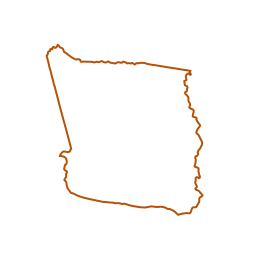 Dam Doi, Cà Mau, Vietnam (Mercator projection), rotated 76°
{"feature_id": "81297802B79677528710757", "entity_name": "Dam Doi", "entity_type": "district", "adm_level": 2, "iso_a3": "VNM", "parent_name": "Vietnam", "parent_adm1": "Cà Mau", "projection": "mercator", "projection_center": [105.265, 8.963], "detail": "fine", "context": "isolated", "style": "outline", "palette": "amber", "viewbox_px": 256, "rotation_deg": 76, "n_neighbors": 0, "source": "geoboundaries", "source_scale": "gbopen_adm2", "svg_char_len": 5665}
<svg xmlns="http://www.w3.org/2000/svg" viewBox="0 0 256 256"><g transform="rotate(76 128 128)"><path d="M87.7,53.8L86.9,55.3L83.6,63.2L81.2,68.7L79.0,74.1L73.9,85.8L72.3,89.8L71.5,91.6L70.3,94.0L68.7,96.7L68.4,97.7L68.2,98.8L67.8,99.8L67.7,100.4L67.8,101.9L67.2,103.9L67.2,104.5L67.7,105.2L67.9,105.6L68.0,106.0L67.8,106.3L67.4,106.7L66.2,107.7L66.0,108.0L66.0,108.3L65.9,108.6L66.1,109.5L66.0,110.0L65.8,110.4L65.5,110.8L65.3,111.5L65.1,113.2L64.9,113.5L64.1,113.9L63.6,114.7L62.6,116.3L62.5,116.9L63.0,117.9L63.1,118.2L63.1,118.6L63.0,118.9L61.9,121.3L61.7,122.1L61.8,122.7L62.2,124.1L62.2,124.8L62.2,125.2L61.0,127.8L60.4,129.2L60.1,129.6L59.8,129.9L59.2,130.4L58.8,130.8L58.7,131.1L58.7,131.5L59.0,133.1L59.0,133.7L59.0,134.2L58.8,134.7L58.5,135.2L57.7,136.0L56.9,137.1L56.7,137.6L56.8,138.2L56.9,139.3L57.0,140.2L56.9,140.8L56.8,141.1L56.1,142.4L56.1,143.0L56.2,143.5L56.2,144.2L56.2,144.7L55.1,147.1L54.5,148.9L53.7,152.1L53.1,153.7L52.5,157.0L52.3,157.6L52.0,157.8L51.7,157.9L50.5,158.0L50.3,158.0L49.9,158.4L49.5,158.9L49.2,159.6L49.0,161.7L48.7,162.3L46.7,164.6L45.5,165.9L40.7,169.7L39.6,170.6L39.1,171.3L38.9,171.5L38.3,171.7L36.4,171.8L35.7,172.0L35.1,172.2L34.7,172.6L34.1,173.3L33.5,174.2L33.1,174.6L31.1,175.5L30.7,175.7L30.4,176.1L31.0,176.6L32.1,177.6L32.5,178.5L32.6,179.2L32.4,179.7L31.7,180.2L31.4,180.4L31.3,180.8L31.5,181.5L32.1,181.9L33.0,182.2L33.1,182.3L33.2,182.6L33.1,182.9L32.7,183.5L32.6,183.8L32.7,184.1L32.9,184.4L33.2,184.6L33.9,184.7L34.3,184.9L34.4,185.3L34.5,186.2L34.6,186.7L34.8,187.0L35.6,187.4L36.9,188.0L37.3,188.4L37.8,189.0L38.3,189.4L38.8,189.5L43.1,189.4L45.6,189.4L49.4,189.5L51.0,189.5L54.7,189.3L61.8,189.4L62.5,189.3L62.8,189.2L65.8,189.3L67.3,189.4L68.4,189.3L69.5,189.1L70.7,189.1L72.5,189.1L85.5,188.9L85.5,189.0L86.9,189.0L97.6,188.8L110.8,188.5L119.6,188.3L131.3,188.2L134.4,188.1L134.6,188.5L134.9,188.9L135.3,189.2L136.0,189.7L136.4,189.9L136.6,190.2L136.8,190.6L136.9,191.3L136.9,191.8L136.8,192.3L135.4,195.4L135.2,196.0L135.2,196.4L135.3,196.7L135.7,197.7L136.5,198.9L137.2,199.8L138.7,200.8L139.2,199.2L139.9,197.9L140.5,197.0L141.2,196.3L142.1,195.7L142.9,195.4L143.8,195.4L145.5,195.5L146.4,195.7L147.3,196.1L148.0,196.6L148.3,197.1L148.4,197.7L148.6,198.0L149.0,198.3L150.0,198.7L151.6,199.6L152.1,199.8L152.6,199.9L153.2,199.7L154.1,199.0L155.2,197.9L155.5,197.8L155.9,197.8L156.2,198.0L156.7,198.4L157.1,198.8L157.6,199.2L158.1,199.4L159.5,199.6L160.3,199.8L160.7,200.1L161.0,200.4L161.8,201.4L162.2,201.8L162.6,202.1L163.0,202.2L163.3,202.2L163.7,202.0L164.1,201.7L165.0,201.3L165.5,201.1L166.1,201.0L168.9,201.4L171.2,201.3L173.5,200.6L176.0,199.5L177.3,198.9L177.6,198.1L178.3,197.0L182.1,192.4L185.1,187.4L187.6,182.6L193.6,170.2L196.0,163.2L196.9,160.4L197.8,158.8L198.4,156.6L198.6,155.2L199.4,153.8L199.8,153.0L200.2,152.5L200.4,150.4L201.0,149.0L202.4,146.7L204.3,143.5L207.6,135.9L209.2,131.0L209.4,129.1L209.5,127.9L209.6,126.6L209.5,125.9L209.6,124.7L209.8,123.9L210.2,122.8L211.0,121.0L211.6,119.1L212.4,114.9L213.4,112.5L214.5,110.8L215.6,109.7L216.2,108.9L216.4,107.8L217.0,106.7L219.3,103.9L221.1,102.5L224.4,100.2L224.3,99.6L224.2,98.0L224.3,95.6L224.6,92.8L224.6,92.1L224.8,91.6L225.6,89.4L225.6,88.8L225.3,88.0L225.0,87.6L222.0,85.7L221.3,85.1L221.0,84.7L220.8,84.2L220.8,83.8L220.9,83.1L221.1,82.2L221.2,81.7L221.1,80.9L220.8,80.4L219.8,79.6L218.8,78.7L217.4,77.2L216.9,76.8L216.2,76.5L215.9,76.4L214.3,76.1L213.9,75.9L213.4,75.7L213.0,75.3L212.6,74.5L212.4,74.0L212.1,72.8L211.9,72.4L211.7,72.1L211.2,72.1L210.9,72.1L210.3,72.4L208.4,73.4L207.3,73.9L206.8,74.2L206.2,74.6L205.7,75.0L204.8,76.2L204.6,76.6L204.2,77.0L203.8,77.3L203.5,77.3L203.1,77.2L202.8,76.9L202.6,76.6L202.2,75.9L202.0,75.6L201.7,75.4L201.4,75.3L200.7,75.3L200.1,75.5L199.3,75.8L198.2,76.0L197.4,76.0L196.8,75.8L195.5,75.1L193.7,74.7L193.2,74.5L192.9,74.3L192.6,74.0L192.5,73.8L192.4,73.1L192.4,72.9L192.5,72.7L192.7,72.3L193.6,71.6L193.8,71.4L193.9,71.1L193.8,70.8L193.6,70.5L193.3,70.3L192.9,70.1L192.4,70.0L192.2,70.0L190.5,70.2L189.0,70.2L187.1,70.1L186.7,70.1L185.2,69.5L184.7,69.4L184.3,69.4L184.1,69.4L183.7,69.7L182.9,70.7L182.6,71.2L182.2,72.0L181.9,72.3L181.7,72.5L181.3,72.6L180.8,72.5L180.1,72.0L178.4,71.1L176.7,70.4L176.1,70.2L175.1,69.9L173.1,69.9L172.4,69.7L172.1,69.6L171.9,69.2L171.8,68.9L171.8,68.2L171.7,67.8L171.7,67.6L171.4,67.2L171.1,66.9L170.4,66.5L169.9,66.3L169.4,66.2L168.5,66.3L168.3,66.2L168.2,66.2L167.7,65.8L166.7,64.9L166.3,64.4L165.7,63.4L165.2,62.9L162.7,60.8L162.0,60.3L160.7,59.8L160.2,59.7L159.4,59.6L158.8,59.7L153.2,60.9L152.1,61.2L151.6,61.4L150.8,61.9L149.7,62.7L149.2,62.8L148.8,62.7L148.4,62.6L147.8,62.2L146.4,61.2L145.8,60.6L145.2,59.8L143.5,57.7L143.1,57.5L142.8,57.5L142.6,57.5L142.2,57.6L140.4,58.4L139.4,58.8L138.1,59.2L136.5,59.6L136.1,59.5L135.2,59.1L134.9,59.1L134.5,59.3L134.1,59.8L133.4,61.3L133.0,61.8L132.7,62.1L132.4,62.3L132.0,62.3L131.5,62.1L130.3,61.6L128.7,60.6L128.1,60.3L127.4,60.2L126.8,60.1L126.3,60.3L125.7,60.7L125.2,61.3L124.5,62.3L124.0,62.9L123.5,63.3L123.0,63.5L122.5,63.4L120.9,62.3L120.4,62.1L120.0,62.0L119.5,62.0L117.2,62.7L116.4,62.7L115.7,62.7L113.8,62.2L113.3,62.1L112.6,62.1L112.0,62.3L110.9,62.8L109.7,63.6L108.8,64.0L108.1,64.2L107.8,64.1L107.4,64.0L107.1,63.8L106.9,63.4L106.6,62.1L106.2,61.8L104.8,61.4L103.2,60.5L102.6,60.4L101.9,60.5L101.5,60.9L100.6,62.1L100.1,62.4L99.7,62.5L98.0,62.2L96.2,62.1L96.0,61.9L95.9,60.9L95.7,60.1L95.5,59.8L95.0,59.6L94.4,59.5L93.2,59.6L92.4,59.5L91.6,59.3L91.0,58.9L90.4,58.3L89.9,57.5L89.7,57.1L89.6,56.6L89.7,56.1L91.2,55.0L91.4,54.8L91.5,54.5L91.4,54.3L91.2,54.1L90.9,54.1L90.2,54.2L89.4,54.5L88.9,54.5L88.5,54.4L88.1,54.2L87.7,53.8Z" fill="none" stroke="#b45309" stroke-width="2"/></g></svg>